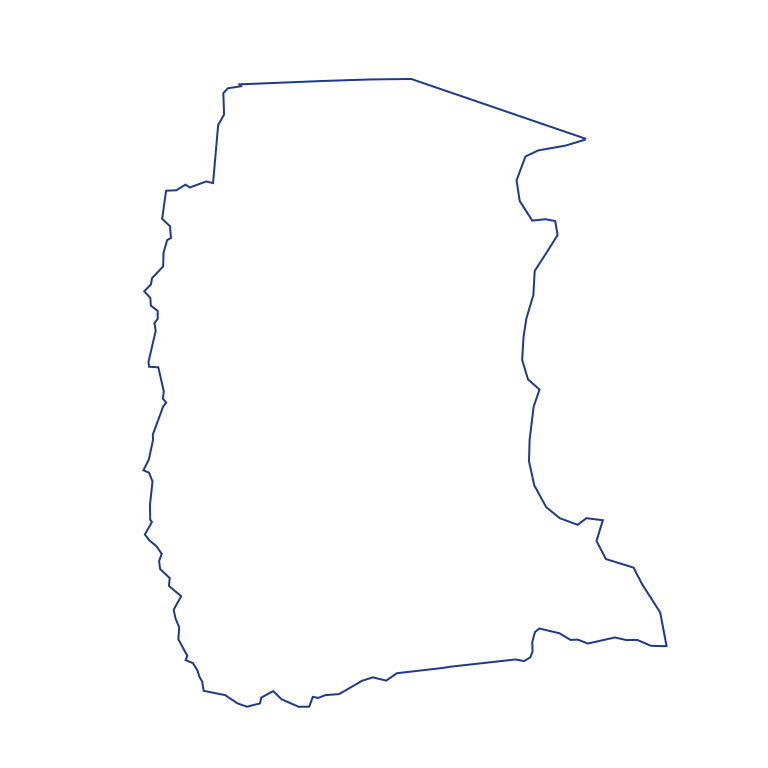 Lajas, Puerto Rico (Albers equal-area conic projection), rotated 264°
{"feature_id": "32010507B28103012902602", "entity_name": "Lajas", "entity_type": "district", "adm_level": 2, "iso_a3": "PRI", "parent_name": "Puerto Rico", "parent_adm1": "", "projection": "albers", "projection_center": [-67.049, 18.006], "detail": "fine", "context": "isolated", "style": "outline", "palette": "blue", "viewbox_px": 768, "rotation_deg": 264, "n_neighbors": 0, "source": "geoboundaries", "source_scale": "gbopen_adm2", "svg_char_len": 2119}
<svg xmlns="http://www.w3.org/2000/svg" viewBox="0 0 768 768"><g transform="rotate(264 384 384)"><path d="M93.9,637.6L127.9,634.8L158.3,619.6L175.3,613.0L186.7,586.4L199.1,581.5L205.7,578.9L215.5,583.1L218.2,584.2L225.6,587.4L229.4,571.3L226.9,567.2L223.7,561.8L223.9,561.5L232.2,544.7L244.6,532.4L263.6,524.5L267.3,522.9L270.8,522.5L292.0,520.1L311.2,522.7L312.9,522.9L346.0,530.5L347.9,531.4L362.2,538.1L367.0,533.7L373.5,527.7L393.5,523.9L395.8,524.3L408.0,526.3L416.2,527.7L418.6,528.3L434.2,532.4L440.9,535.2L456.7,541.8L457.0,541.9L465.4,543.2L477.0,545.1L480.7,545.7L493.2,555.8L495.7,557.8L495.9,558.0L508.5,567.9L513.9,572.2L528.1,571.3L529.4,567.1L531.0,561.8L531.0,548.5L551.8,538.1L572.7,537.1L593.8,547.6L595.5,548.5L600.2,561.8L600.6,567.5L601.6,582.3L602.1,589.3L605.9,609.2L607.0,609.7L682.4,447.5L684.5,443.1L688.1,404.5L690.2,376.8L690.2,376.3L691.9,352.7L697.1,271.6L695.1,272.9L694.4,259.6L690.0,254.6L668.7,253.1L658.8,246.1L601.7,235.0L604.0,228.2L599.7,211.4L603.0,207.4L598.4,197.7L599.0,187.5L571.5,180.6L563.2,187.7L558.2,187.5L551.5,187.4L549.8,183.4L537.5,178.4L524.1,176.7L513.4,164.3L507.5,162.7L501.2,155.2L494.1,160.6L486.3,160.3L480.4,166.5L472.5,165.8L468.6,162.1L460.7,162.5L430.7,152.1L425.7,152.2L424.2,161.3L399.8,164.2L392.6,162.6L388.2,165.4L384.5,161.9L375.5,157.5L357.9,148.8L352.8,148.5L333.6,142.3L323.3,135.7L320.4,141.0L311.3,143.6L288.3,138.6L273.5,137.3L271.0,138.8L259.3,130.4L252.9,134.4L246.6,140.6L238.3,145.2L231.4,141.8L223.3,142.0L213.4,150.6L205.7,149.0L194.1,160.1L181.5,151.2L172.8,152.1L163.4,154.9L151.6,152.8L134.2,160.0L130.2,157.8L126.4,164.7L118.5,168.6L112.4,169.7L106.9,172.1L97.7,172.6L91.2,193.5L81.7,204.9L77.4,213.9L79.3,227.3L84.9,229.1L90.2,241.7L81.1,249.2L71.9,265.4L70.9,275.9L80.3,280.5L78.7,285.8L80.7,293.1L80.3,307.0L91.1,331.0L93.4,342.2L88.8,355.2L95.0,366.5L95.5,413.2L95.9,420.6L96.3,486.1L93.8,494.3L96.8,500.9L102.5,503.8L112.0,504.5L121.5,508.2L124.6,512.9L117.8,532.3L110.0,542.7L109.5,550.0L104.6,559.6L107.8,587.2L104.0,598.2L103.0,609.2L95.7,622.2L94.0,634.9L93.9,637.6Z" fill="none" stroke="#1e3a8a" stroke-width="2"/></g></svg>